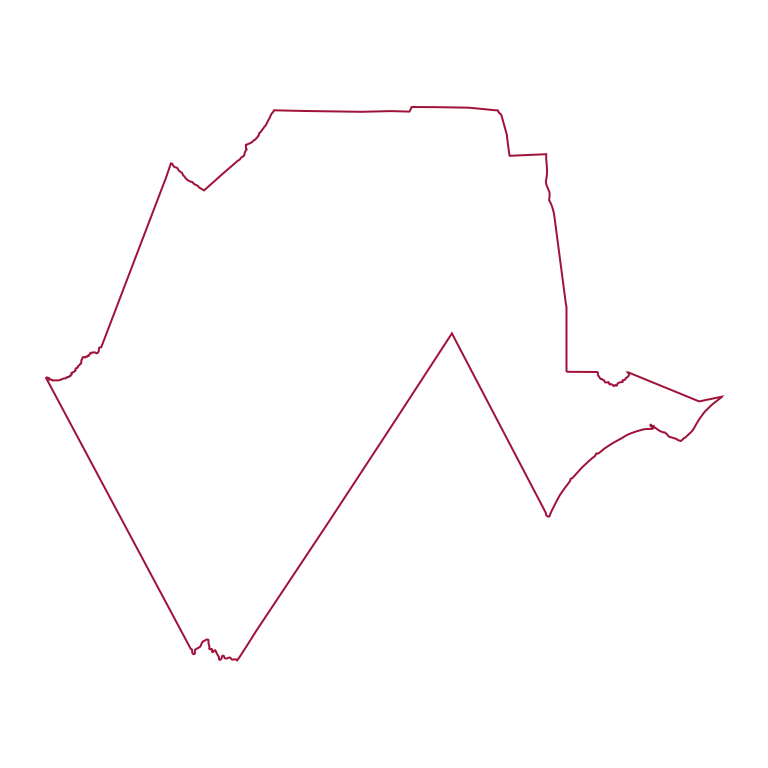 Garsen, Coast, Kenya
{"feature_id": "3690345B81879504162306", "entity_name": "Garsen", "entity_type": "district", "adm_level": 2, "iso_a3": "KEN", "parent_name": "Kenya", "parent_adm1": "Coast", "projection": "equal_earth", "projection_center": [39.873, -2.426], "detail": "fine", "context": "isolated", "style": "outline", "palette": "rose", "viewbox_px": 768, "rotation_deg": 0, "n_neighbors": 0, "source": "geoboundaries", "source_scale": "gbopen_adm2", "svg_char_len": 6003}
<svg xmlns="http://www.w3.org/2000/svg" viewBox="0 0 768 768"><path d="M170.8,163.6L166.3,176.9L101.3,347.1L101.1,347.4L99.8,347.4L99.5,347.6L99.2,347.8L98.9,348.9L98.8,350.7L98.7,351.5L98.3,352.1L97.2,353.2L96.3,353.2L95.7,352.6L94.8,352.4L93.8,352.5L92.9,352.3L92.3,352.6L91.7,353.1L91.4,353.1L90.7,353.4L90.4,353.1L90.1,353.8L89.1,354.8L89.0,355.3L88.6,356.0L88.2,356.0L87.6,355.8L87.3,356.0L87.1,356.6L86.8,356.8L86.5,356.8L86.1,356.6L85.8,356.9L85.3,357.1L85.0,357.5L83.3,357.0L83.0,357.1L82.7,357.3L82.2,358.4L82.1,359.3L81.9,359.7L81.5,360.0L81.3,360.4L81.3,360.9L81.4,361.6L81.1,363.3L80.4,364.1L79.8,364.3L79.6,364.9L79.0,365.6L78.7,365.7L78.1,366.0L77.8,366.9L77.8,367.3L77.7,367.6L77.3,367.7L76.8,368.1L76.2,368.1L76.0,368.5L75.5,368.9L75.4,369.2L75.3,369.7L75.5,370.1L75.5,370.6L74.8,371.0L74.6,371.4L74.3,371.6L73.4,372.2L72.6,372.3L71.4,373.1L71.8,373.9L71.7,374.4L71.1,374.9L70.5,375.8L70.2,375.6L69.8,375.7L69.4,376.4L69.0,376.8L67.8,377.2L67.6,377.0L67.3,377.0L66.2,378.0L65.6,378.3L63.3,378.6L61.6,379.3L60.3,380.0L58.0,380.4L55.3,380.3L53.8,380.5L52.4,380.4L52.0,380.1L51.7,379.7L50.5,379.3L49.7,379.7L49.4,379.7L49.2,379.4L49.0,378.5L48.9,378.0L48.6,377.9L47.8,377.8L46.9,377.4L46.6,377.5L46.1,378.0L190.7,648.8L191.6,649.2L191.9,649.6L192.1,650.4L192.3,652.8L192.5,653.3L192.7,653.5L193.6,654.1L194.2,654.1L194.4,654.0L194.7,653.6L194.9,653.2L195.0,652.3L194.8,650.8L194.9,650.3L195.2,649.7L195.9,649.2L198.0,648.0L199.1,647.5L200.1,646.7L200.4,646.4L200.9,645.3L201.8,643.0L202.6,641.9L203.0,641.4L204.6,640.7L205.9,639.9L206.7,639.6L207.6,639.5L208.0,639.6L208.2,639.8L208.4,640.1L208.6,643.8L209.4,646.5L209.5,646.9L209.2,648.4L209.4,648.9L209.7,649.2L210.1,649.3L211.7,649.0L211.9,649.3L212.0,649.6L212.1,651.3L212.2,651.7L212.4,652.1L213.1,652.0L213.4,651.8L214.1,650.8L214.6,650.3L215.2,650.3L215.4,650.6L216.3,652.1L216.9,653.8L218.8,656.8L218.9,657.3L219.0,659.2L219.3,659.6L219.6,659.8L220.0,659.8L220.3,659.7L220.8,659.4L221.3,658.7L221.6,658.2L222.3,656.0L222.7,655.7L223.1,655.7L223.8,656.0L224.0,656.2L224.5,657.7L224.7,658.1L225.3,658.5L227.0,658.4L229.0,657.6L229.8,657.5L230.4,657.9L231.5,659.2L232.3,659.7L232.7,659.7L234.0,659.3L234.8,659.3L236.0,659.4L236.5,659.5L236.8,660.0L236.6,661.0L237.1,660.4L239.6,657.0L246.2,646.8L255.9,631.4L328.2,522.7L397.5,417.0L451.9,333.4L543.7,508.8L546.0,513.4L546.1,514.6L546.3,515.4L548.1,516.6L548.7,516.7L549.0,516.6L549.7,515.9L549.9,515.4L550.3,513.9L550.6,513.1L552.1,510.0L557.4,499.5L560.0,494.9L563.0,490.5L565.9,486.5L566.4,486.0L570.0,481.1L570.3,480.4L570.6,478.8L571.0,478.6L572.3,478.2L580.9,468.7L582.6,466.9L588.5,461.4L592.1,458.2L594.3,456.6L595.1,455.8L595.5,455.3L595.8,454.1L596.3,453.5L596.7,453.4L597.3,453.7L597.7,453.6L599.2,452.9L604.6,448.4L609.8,445.0L613.5,442.7L622.2,437.9L625.9,435.6L628.9,434.1L631.5,433.1L636.9,431.2L642.9,429.5L646.3,429.0L652.4,428.8L653.0,428.5L653.3,428.2L653.1,427.8L650.7,426.0L650.4,425.6L650.4,425.0L650.7,424.7L653.1,426.4L653.4,426.3L653.7,426.1L653.8,426.7L654.0,427.0L655.6,428.0L658.6,430.3L659.4,430.5L660.0,431.0L662.9,432.3L664.8,432.4L665.8,433.4L666.4,433.6L666.6,433.8L667.3,434.8L667.9,435.3L668.7,436.4L669.7,437.0L671.3,437.3L674.7,438.5L676.4,438.8L677.0,439.3L677.4,439.8L677.8,440.0L678.2,440.1L678.9,440.5L679.7,440.5L680.3,440.9L680.6,441.0L681.0,440.9L682.9,439.2L683.8,438.2L684.8,437.9L686.0,436.8L690.7,432.5L691.7,431.4L693.0,429.9L694.0,428.3L696.6,423.5L699.7,418.6L703.5,413.3L705.7,410.7L707.4,409.3L708.2,408.3L709.9,406.6L711.8,404.8L721.6,397.1L721.9,396.7L714.4,398.2L710.2,399.2L708.6,399.4L699.8,401.3L699.3,401.3L698.6,401.2L628.3,372.4L627.8,372.4L628.8,373.4L628.9,373.8L629.0,374.1L628.8,375.3L628.0,376.6L626.7,377.5L626.2,378.1L625.9,378.1L625.6,378.3L625.6,378.8L624.8,379.9L623.0,380.2L622.6,380.3L622.7,381.8L622.4,382.0L622.2,381.9L621.3,382.1L620.4,382.2L618.4,382.9L617.5,383.8L617.3,384.3L616.9,385.3L616.6,385.6L616.3,385.6L616.0,385.3L615.6,385.3L615.2,385.1L614.7,385.2L614.4,385.9L614.0,386.0L613.3,385.7L612.4,384.8L611.2,384.1L610.5,384.1L610.3,384.4L609.6,384.3L609.3,383.9L608.9,383.1L608.5,382.1L607.2,382.4L606.3,382.5L605.1,382.3L604.3,381.0L603.9,380.2L603.6,380.2L602.8,379.8L602.1,379.2L601.8,379.0L601.5,379.1L600.7,378.9L600.5,378.6L599.9,378.2L599.3,377.0L598.0,375.0L597.8,374.6L598.0,373.4L598.0,373.0L597.2,372.0L567.6,371.8L566.5,371.2L566.5,307.2L566.1,305.0L565.6,301.8L554.2,215.0L553.9,213.3L553.0,209.7L552.2,206.9L550.5,202.8L549.1,200.1L549.6,195.9L549.6,194.4L549.6,193.3L549.4,192.2L549.0,191.1L546.5,185.0L546.1,183.1L545.9,182.0L546.0,180.8L546.7,176.6L546.9,174.5L547.1,170.3L546.2,158.4L546.2,154.2L509.7,155.8L509.2,153.5L508.0,144.8L506.8,134.7L505.6,130.3L501.3,114.9L500.8,114.3L498.6,112.2L498.0,110.5L468.9,107.7L440.1,107.2L411.7,107.0L409.5,111.6L390.9,111.1L361.2,111.8L305.2,111.0L274.0,110.3L273.6,111.2L273.0,112.1L271.6,113.7L270.4,116.1L270.0,117.2L269.5,118.3L268.8,119.3L265.9,125.1L265.2,126.0L264.4,126.7L263.6,128.0L262.3,129.6L261.7,130.6L261.2,131.1L260.6,132.0L260.3,132.4L259.3,133.0L259.0,134.0L258.8,135.2L258.7,135.7L258.4,135.9L258.1,136.0L257.8,136.3L257.3,137.4L256.2,138.3L255.3,139.6L254.7,139.9L254.1,140.1L252.9,141.3L250.5,143.1L248.5,143.8L246.9,144.7L246.3,144.6L245.9,144.7L245.8,145.7L246.1,148.6L246.2,148.9L246.5,149.0L246.7,149.4L246.4,149.8L245.9,150.3L245.1,151.8L244.7,152.9L244.5,154.0L244.3,154.4L244.1,155.3L243.9,155.9L243.3,156.4L242.8,156.5L242.2,157.0L241.2,157.5L240.3,158.7L239.7,159.6L238.9,160.1L238.2,160.4L221.9,174.5L204.1,190.4L199.0,187.4L197.9,185.9L194.6,184.3L194.1,183.9L193.4,183.4L193.1,183.0L193.0,182.6L192.7,182.3L191.5,181.7L190.7,181.8L190.2,181.5L188.4,180.6L187.4,179.9L186.9,179.5L186.5,178.9L186.1,178.7L185.7,178.3L184.4,176.5L183.0,175.1L182.3,173.4L182.1,173.0L181.7,172.6L180.8,172.1L179.1,170.8L178.7,170.3L178.2,169.4L177.4,168.2L176.6,167.6L176.2,167.5L174.9,167.2L174.1,166.7L173.4,165.9L172.7,164.9L172.2,163.6L171.9,163.6L171.1,163.8L170.8,163.6Z" fill="none" stroke="#9f1239" stroke-width="2"/></svg>